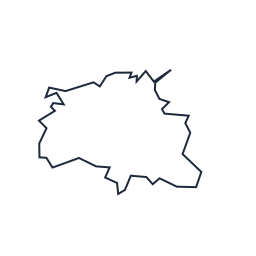 SVG path tracing the border of Ipeiros, rotated 120°
{"feature_id": "GRC-2949", "entity_name": "Ipeiros", "entity_type": "Region", "adm_level": 1, "iso_a3": "GRC", "parent_name": "Greece", "parent_adm1": "", "projection": "natural_earth1", "projection_center": [20.643, 39.638], "detail": "coarse", "context": "isolated", "style": "outline", "palette": "slate", "viewbox_px": 256, "rotation_deg": 120, "n_neighbors": 0, "source": "natural_earth", "source_scale": "10m", "svg_char_len": 737}
<svg xmlns="http://www.w3.org/2000/svg" viewBox="0 0 256 256"><g transform="rotate(120 128 128)"><path d="M101.0,71.7L123.3,67.7L129.4,42.5L145.2,39.5L154.4,56.4L155.8,75.5L164.3,78.5L161.3,87.6L167.9,101.7L183.2,99.7L190.0,103.5L181.1,110.0L182.3,123.0L171.3,124.2L177.2,136.5L178.5,155.5L200.0,173.6L194.6,183.8L197.7,190.0L185.8,197.1L168.9,198.5L166.1,208.8L149.7,199.9L148.2,205.3L143.8,205.2L139.7,195.5L133.3,207.5L142.5,214.7L132.4,216.5L127.3,200.6L105.7,180.7L106.1,173.2L93.9,172.6L86.4,166.6L78.3,152.7L83.7,151.8L78.4,146.4L83.4,143.8L69.8,141.1L74.9,128.8L56.0,119.8L75.1,127.1L81.6,123.8L87.1,115.3L85.1,105.4L94.6,108.0L97.3,103.6L87.0,81.6L95.1,80.8L101.0,71.7Z" fill="none" stroke="#1e293b" stroke-width="2"/></g></svg>